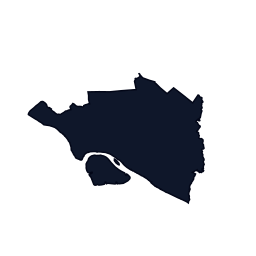 Duran, Guayas, Ecuador (Robinson projection), rotated 303°
{"feature_id": "8360857B97967949149299", "entity_name": "Duran", "entity_type": "district", "adm_level": 2, "iso_a3": "ECU", "parent_name": "Ecuador", "parent_adm1": "Guayas", "projection": "robinson", "projection_center": [-79.802, -2.217], "detail": "fine", "context": "isolated", "style": "filled", "palette": "ink", "viewbox_px": 256, "rotation_deg": 303, "n_neighbors": 0, "source": "geoboundaries", "source_scale": "gbopen_adm2", "svg_char_len": 5759}
<svg xmlns="http://www.w3.org/2000/svg" viewBox="0 0 256 256"><g transform="rotate(303 128 128)"><path d="M158.9,197.3L159.1,196.2L159.1,195.4L158.2,194.1L158.2,193.3L158.5,192.5L160.4,191.9L161.0,190.7L162.4,189.8L162.5,189.3L162.2,187.9L162.6,187.4L162.9,187.4L163.9,187.8L165.0,187.6L165.9,187.8L167.0,187.7L167.7,187.9L168.4,187.8L168.7,187.6L169.0,187.1L168.9,185.6L170.3,183.2L170.1,181.7L170.2,181.4L170.7,181.2L171.2,181.4L173.4,181.9L173.3,182.4L172.6,182.9L172.6,183.2L172.9,184.0L173.3,184.2L173.6,184.0L174.1,182.9L174.7,182.5L175.6,182.9L176.2,182.9L180.1,181.3L182.5,180.7L182.9,180.2L183.4,179.0L183.8,178.8L185.2,179.2L185.7,178.7L186.6,177.5L188.2,176.9L189.3,176.0L189.8,176.0L190.2,176.6L190.6,176.6L191.0,176.2L191.7,174.4L192.9,173.9L193.6,173.5L193.6,173.0L193.1,171.4L194.0,169.7L194.0,169.3L193.8,168.8L184.3,168.6L185.1,159.8L185.2,159.5L186.5,144.4L178.1,142.1L179.2,133.2L180.3,128.1L180.1,128.1L180.8,125.5L181.3,125.3L179.7,120.2L178.1,113.3L178.2,112.3L178.7,110.9L178.8,109.8L179.5,108.6L179.7,107.8L179.6,107.7L178.3,109.7L177.5,110.1L177.1,109.7L175.9,109.4L174.7,108.6L174.0,108.5L173.9,108.3L173.9,107.5L173.5,107.2L173.2,107.2L172.8,107.8L170.8,108.0L164.7,114.0L155.7,102.2L148.4,93.0L142.7,84.0L136.5,74.8L133.9,77.2L130.5,79.4L127.4,82.6L126.8,81.7L125.6,80.9L124.2,79.6L122.7,78.7L121.9,79.0L121.2,78.8L120.8,78.5L120.6,77.3L119.9,75.9L118.8,74.4L118.3,73.0L118.3,72.1L118.7,69.7L118.5,68.4L116.6,68.3L114.6,67.7L113.6,68.4L113.2,69.2L112.3,70.1L110.3,68.1L109.7,68.0L109.1,67.6L108.7,66.9L108.4,66.6L107.7,66.2L106.7,66.0L103.7,64.5L102.6,64.1L101.6,62.0L100.8,61.3L100.8,60.9L100.8,58.9L101.1,57.9L101.1,55.2L101.5,53.7L101.8,53.4L102.2,53.3L102.2,52.4L101.8,51.6L102.3,51.4L102.3,51.0L101.7,50.1L101.7,48.7L102.1,48.2L102.2,47.8L102.9,47.5L103.0,46.9L103.5,46.4L103.5,45.7L103.8,45.1L103.9,42.7L103.8,42.2L103.4,41.4L102.8,41.1L102.6,40.7L99.2,39.8L96.6,38.8L93.7,38.1L89.3,36.7L88.3,36.6L86.6,36.6L85.3,36.9L85.0,37.2L85.0,37.6L85.1,45.3L85.3,47.8L85.1,50.0L85.3,52.3L84.9,55.7L87.4,61.1L87.5,61.8L87.8,62.2L87.7,62.4L88.0,63.4L88.7,66.5L88.5,69.5L87.6,73.6L87.7,75.5L87.4,76.6L87.4,76.8L87.6,76.8L87.4,77.1L87.2,78.2L87.4,78.9L87.0,78.8L86.7,79.5L86.7,80.2L86.0,82.5L85.4,84.0L84.7,85.1L84.4,86.2L84.0,87.1L80.8,90.9L80.2,91.3L80.0,91.6L79.5,91.7L78.4,92.7L78.1,93.7L77.4,94.8L76.9,95.9L76.4,96.5L76.2,97.3L75.8,97.7L75.6,98.7L74.7,100.1L74.5,100.8L74.7,101.0L74.6,101.8L75.0,103.7L75.4,104.4L75.1,105.3L75.5,105.7L75.9,106.5L76.8,106.6L78.7,106.2L79.9,106.1L80.2,106.3L80.7,106.3L81.1,106.0L81.8,106.0L83.2,106.3L85.4,107.1L85.4,107.5L85.8,107.9L87.6,109.3L90.0,112.6L90.7,113.9L90.9,114.8L91.7,114.2L91.2,115.0L92.3,116.8L93.1,118.2L93.2,118.4L93.7,119.5L95.2,122.3L96.3,126.4L96.6,129.4L96.3,129.8L96.5,130.4L96.5,132.4L96.3,135.8L96.1,136.8L96.3,137.6L96.4,138.9L95.7,142.5L95.9,143.1L95.7,143.2L95.4,143.0L95.3,143.3L95.5,143.5L95.2,143.8L94.8,145.3L94.4,148.6L94.4,151.1L94.4,152.9L94.9,153.2L94.8,153.4L94.6,153.4L94.5,153.6L94.7,154.7L94.6,155.4L95.0,155.8L94.9,158.0L95.0,158.4L95.2,158.6L95.2,158.8L95.0,159.7L95.3,161.4L95.4,162.2L95.2,162.9L95.6,163.7L95.3,165.0L95.7,166.4L95.7,168.2L96.1,168.4L96.0,168.7L95.8,168.8L95.7,169.0L95.8,171.8L95.6,172.5L95.6,173.5L95.4,173.9L95.6,174.8L95.4,175.0L95.1,176.5L94.8,177.0L95.3,177.3L94.6,177.6L94.2,180.7L94.2,181.4L94.0,182.0L93.9,182.6L94.5,183.7L94.3,183.9L94.1,183.7L94.0,184.0L94.2,184.7L94.5,187.7L94.2,188.4L94.6,189.1L94.4,189.2L94.9,193.4L94.8,194.0L94.8,194.6L95.3,196.6L96.8,208.5L97.0,209.3L97.3,209.5L97.4,209.1L97.4,209.4L97.4,209.7L97.1,209.9L97.1,210.8L97.5,212.4L98.1,217.3L98.0,219.4L99.6,218.7L101.3,218.7L101.8,218.5L102.7,217.3L103.7,216.9L104.5,216.3L105.6,214.7L106.5,214.5L107.5,214.0L109.2,213.7L109.8,213.0L110.0,213.4L110.4,213.4L110.8,213.1L111.2,212.3L113.3,211.1L114.6,211.2L114.9,211.0L116.4,211.2L116.9,210.9L117.3,210.9L119.5,211.0L120.0,210.8L120.8,210.9L122.4,210.0L123.6,209.9L124.4,210.1L124.6,209.7L124.8,209.8L125.8,209.7L126.2,209.7L126.2,208.6L125.9,207.1L125.9,206.1L130.6,208.7L130.5,208.8L129.8,208.6L129.7,208.9L130.2,209.2L130.3,209.6L129.8,210.3L129.8,210.8L130.5,211.1L130.6,211.5L130.4,211.8L129.7,212.0L129.7,212.4L130.5,212.9L130.7,213.8L131.2,213.9L131.9,214.2L132.5,214.7L132.8,214.6L133.4,214.7L133.5,214.4L133.1,213.9L133.0,213.4L133.5,212.6L134.3,212.4L134.4,213.4L134.9,213.5L135.6,212.8L137.5,211.8L138.3,211.8L139.0,211.7L140.5,209.6L141.2,209.3L142.5,209.2L143.3,208.7L144.8,206.1L146.5,205.2L147.5,203.2L148.3,203.4L148.7,203.3L149.6,201.9L150.3,201.5L150.7,201.7L151.2,202.4L151.7,202.7L152.2,202.8L152.6,202.7L152.9,202.2L154.2,201.0L155.0,200.4L155.5,199.2L156.0,198.7L157.9,198.1L158.9,197.3ZM83.5,112.1L81.8,111.7L80.8,111.7L78.8,112.3L77.2,112.2L75.0,112.5L72.5,114.3L71.8,114.6L70.8,115.6L69.7,116.9L69.1,118.1L68.9,119.1L69.4,120.2L71.3,121.8L71.4,122.1L71.0,122.4L70.7,122.4L69.2,121.7L67.8,120.8L67.5,121.1L67.0,122.2L66.7,123.3L66.4,124.0L62.0,130.1L62.0,130.9L62.0,131.4L62.8,132.4L63.8,132.9L64.0,133.2L64.1,134.1L64.3,134.7L66.0,136.8L67.9,138.7L68.7,138.9L70.3,138.3L70.5,138.5L70.5,138.8L69.6,140.3L69.9,140.4L70.9,141.6L73.7,147.0L74.2,147.8L74.6,148.0L75.9,147.4L76.3,147.6L76.4,148.3L76.2,148.5L75.3,149.0L75.3,149.5L75.9,149.9L76.7,151.3L79.1,154.2L83.6,156.6L86.2,157.1L87.1,156.9L87.7,156.5L88.1,155.9L88.7,153.2L88.7,151.9L88.3,151.8L88.0,152.3L87.6,152.4L87.2,152.3L87.1,151.9L87.1,151.7L87.6,151.2L88.5,149.5L88.2,147.5L88.0,144.8L88.0,142.2L88.1,141.7L88.3,138.6L89.8,132.5L91.0,128.9L91.4,127.3L91.6,125.4L91.3,122.9L90.5,120.9L90.4,120.0L89.3,118.7L87.7,116.4L87.1,114.9L86.7,114.4L84.8,112.7L83.5,112.1ZM92.6,140.5L93.4,139.6L94.5,135.8L94.5,133.6L93.2,134.3L92.1,137.2L92.0,139.7L92.2,140.6L92.6,140.5Z" fill="#0f172a" stroke="#020617" stroke-width="1.5"/></g></svg>